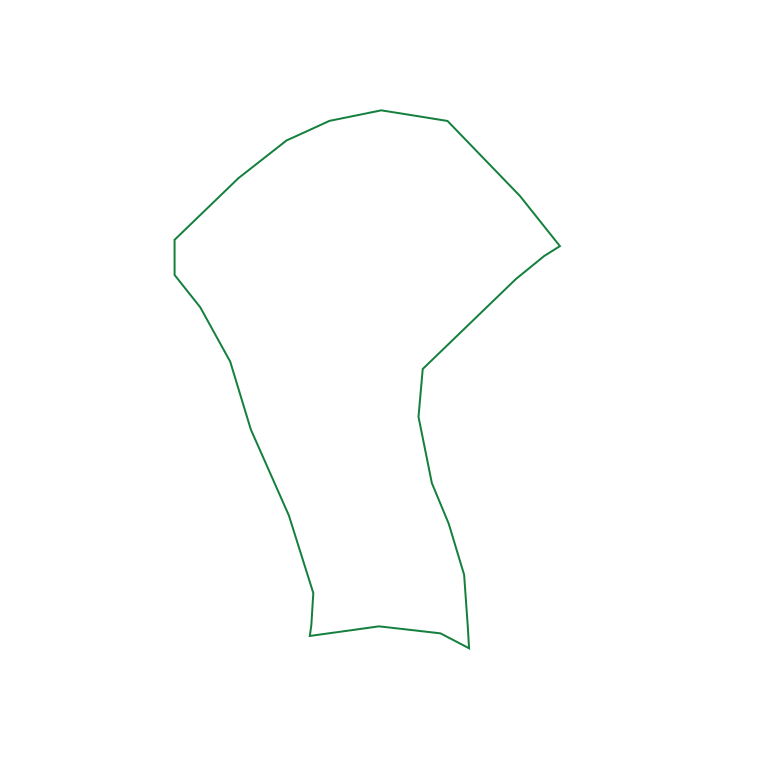 SVG path tracing the border of Bristol, rotated 226°
{"feature_id": "GBR-2044", "entity_name": "Bristol", "entity_type": "Unitary Authority", "adm_level": 1, "iso_a3": "GBR", "parent_name": "United Kingdom", "parent_adm1": "", "projection": "natural_earth1", "projection_center": [-2.619, 51.456], "detail": "fine", "context": "isolated", "style": "outline", "palette": "green", "viewbox_px": 768, "rotation_deg": 226, "n_neighbors": 0, "source": "natural_earth", "source_scale": "10m", "svg_char_len": 550}
<svg xmlns="http://www.w3.org/2000/svg" viewBox="0 0 768 768"><g transform="rotate(226 384 384)"><path d="M134.8,261.6L165.4,251.4L213.2,212.0L254.3,155.6L261.0,164.2L282.7,187.9L355.4,224.2L443.8,256.6L506.9,288.9L566.8,305.1L607.9,309.1L633.2,333.5L633.2,365.7L633.2,422.3L626.9,483.1L622.5,495.4L611.2,527.5L582.8,572.1L529.1,612.4L424.8,612.4L361.0,606.3L364.8,588.2L367.9,551.8L367.9,499.2L367.9,462.8L367.9,422.3L336.4,386.0L279.5,349.6L238.5,333.5L191.1,309.1L151.0,275.5L134.8,261.6Z" fill="none" stroke="#15803d" stroke-width="2"/></g></svg>